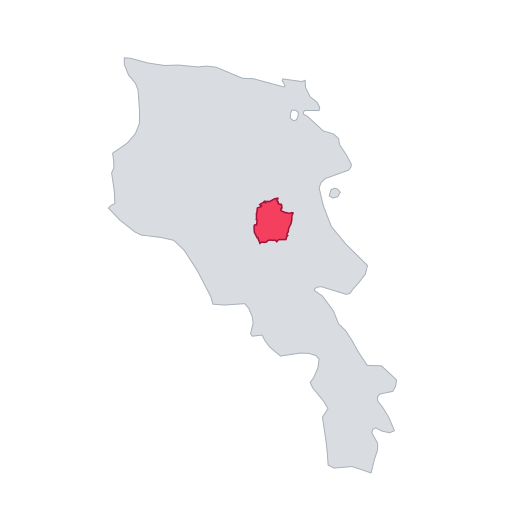 Gavar, Gegharkunik, Armenia shown in context, rotated 16°
{"feature_id": "60910142B38789049969589", "entity_name": "Gavar", "entity_type": "district", "adm_level": 2, "iso_a3": "ARM", "parent_name": "Armenia", "parent_adm1": "Gegharkunik", "projection": "mercator", "projection_center": [45.138, 40.338], "detail": "fine", "context": "in_parent", "style": "filled", "palette": "rose", "viewbox_px": 512, "rotation_deg": 16, "n_neighbors": 0, "source": "geoboundaries", "source_scale": "gbopen_adm2", "svg_char_len": 5353}
<svg xmlns="http://www.w3.org/2000/svg" viewBox="0 0 512 512"><g transform="rotate(16 256 256)"><path d="M227.9,314.2L223.9,307.7L204.0,286.6L185.4,270.3L172.7,263.6L159.9,264.3L140.0,267.5L132.7,266.2L115.4,259.1L100.9,250.6L102.9,247.1L105.9,244.6L102.3,233.6L94.3,215.9L95.1,210.3L92.6,202.7L89.8,196.8L101.1,182.9L106.3,171.8L107.4,160.9L104.4,149.5L96.9,129.0L92.3,123.0L83.8,117.4L76.6,108.2L74.8,101.8L80.8,100.5L98.5,100.3L115.5,98.1L128.9,93.8L148.3,90.2L156.3,87.0L165.6,85.5L193.9,88.9L204.5,86.3L236.3,85.8L237.2,84.5L232.8,80.1L232.9,78.4L251.8,75.7L254.8,73.6L257.2,80.5L264.4,88.2L272.2,91.3L276.3,95.6L276.5,98.8L262.8,102.7L261.8,104.7L262.7,106.6L266.8,107.5L286.1,117.2L297.1,117.4L302.9,120.3L305.8,126.1L315.0,133.9L322.3,141.5L322.8,144.1L321.4,147.9L300.9,162.7L298.3,167.8L297.9,173.2L307.0,189.3L320.2,206.8L339.4,220.0L365.8,234.4L366.1,243.3L361.9,253.9L358.3,261.1L356.7,265.9L353.5,268.0L327.2,267.5L323.3,269.2L321.5,271.3L321.4,273.0L330.9,276.2L345.6,287.5L354.1,298.5L362.9,303.2L372.8,311.9L380.8,320.0L393.1,330.5L406.9,327.0L425.3,336.4L426.1,342.7L424.9,348.3L413.3,354.5L411.9,357.0L411.9,359.2L413.4,362.2L420.2,367.2L428.2,374.6L437.2,385.8L433.2,389.1L424.8,389.6L418.3,388.2L416.0,390.5L416.1,394.1L424.6,402.5L426.3,408.7L425.9,419.4L426.4,432.8L406.4,431.9L389.4,438.4L383.0,437.1L378.8,425.7L375.1,416.4L364.3,392.6L367.2,382.8L361.2,377.1L346.6,366.9L342.9,362.7L345.0,357.0L346.4,346.4L345.0,337.8L341.1,335.2L333.8,335.0L325.0,337.2L307.2,345.4L294.9,340.1L287.8,334.8L283.7,330.3L274.5,334.1L272.2,332.2L271.7,321.2L269.0,315.2L263.4,308.3L258.3,304.9L239.3,311.8L227.9,314.2ZM257.3,114.0L257.9,109.9L257.0,106.2L254.0,105.0L250.2,106.0L249.9,110.1L251.0,114.0L254.8,115.7L257.3,114.0ZM318.2,176.6L313.9,179.1L309.8,178.0L309.8,171.7L312.7,169.2L316.2,169.3L319.4,171.5L318.2,176.6Z" fill="#d9dde1" stroke="#a8b0b8" stroke-width="1"/><path d="M244.7,215.1L246.0,219.4L246.2,220.9L246.9,221.0L247.4,222.3L247.8,225.2L247.9,226.0L246.3,226.3L245.9,227.0L246.0,227.1L246.1,228.6L246.2,229.0L247.9,233.7L252.2,238.3L253.2,238.1L253.6,239.3L255.6,241.7L256.3,242.8L257.5,241.2L261.0,240.4L262.3,239.6L263.2,237.7L265.5,236.7L268.3,236.2L269.8,235.4L272.1,236.6L273.1,234.1L277.1,232.9L280.2,232.0L280.2,231.6L280.2,231.1L280.2,230.9L280.2,230.7L280.1,230.3L280.2,230.1L280.2,229.8L280.2,229.6L280.2,229.4L280.2,229.2L280.3,229.1L280.4,228.9L280.4,228.7L280.4,228.3L280.5,228.2L280.5,227.9L280.7,227.7L280.3,227.6L280.2,227.6L280.0,227.4L279.9,227.3L279.9,227.1L279.8,226.8L279.8,226.5L279.8,226.3L279.8,226.0L279.9,225.5L279.9,225.4L279.9,225.2L280.0,225.1L280.0,224.8L280.1,224.6L280.2,224.3L280.2,224.2L280.2,223.9L280.3,223.8L280.3,223.6L280.3,223.3L280.2,223.1L280.2,222.9L280.1,222.6L280.1,222.3L280.1,222.2L280.0,221.8L280.0,221.6L279.9,221.2L279.8,220.8L279.8,220.7L279.8,220.3L279.9,219.6L279.9,219.3L280.0,219.1L280.0,218.8L280.1,218.6L280.1,218.4L280.1,218.2L280.2,217.9L280.3,217.5L280.3,217.3L280.5,216.7L280.5,216.4L280.5,216.2L280.6,215.8L280.7,215.7L280.7,215.3L280.7,215.2L280.7,214.9L280.7,214.7L280.6,214.3L280.6,214.0L280.6,213.7L280.6,213.3L280.6,213.1L280.5,212.8L280.5,212.7L280.5,212.4L280.5,211.9L280.5,211.7L280.4,211.5L280.4,211.4L280.4,211.2L280.3,210.9L280.3,210.7L280.2,210.4L280.1,210.1L280.1,209.9L280.0,209.6L279.9,209.3L279.8,209.0L279.8,208.9L279.7,208.5L279.6,208.3L279.6,208.1L279.5,207.8L279.5,207.7L279.4,207.4L279.4,207.1L279.4,206.9L279.5,206.5L279.5,206.3L279.6,206.0L279.6,205.8L279.6,205.7L279.8,205.2L279.8,204.9L279.8,204.6L279.7,204.5L279.7,204.4L279.4,204.3L279.2,204.3L278.8,204.4L278.7,204.4L278.5,204.5L278.4,204.6L278.2,204.6L277.9,204.8L277.6,205.0L277.4,205.2L277.0,205.4L276.6,205.6L276.4,205.7L276.2,205.8L275.9,205.8L275.7,205.9L275.4,205.9L275.1,205.9L274.9,205.9L274.0,206.0L273.8,206.0L273.6,205.9L273.4,205.9L273.2,205.8L272.9,205.9L272.8,206.0L272.6,206.1L272.4,206.2L272.3,206.3L272.2,206.3L271.8,206.3L271.7,206.3L271.5,206.2L271.4,206.2L271.0,206.0L270.7,205.9L270.3,205.9L270.1,205.8L269.9,205.8L269.3,205.8L268.7,205.8L268.4,205.8L268.3,205.7L268.1,205.7L267.9,205.6L267.7,205.5L267.6,205.4L267.4,205.2L267.1,204.9L267.1,204.7L267.2,204.4L267.3,204.4L267.3,204.2L267.2,204.1L267.2,203.9L267.1,203.7L267.3,203.5L267.5,203.5L267.6,203.4L267.7,203.2L267.6,202.9L267.6,202.7L267.7,202.4L267.4,202.2L267.2,202.1L267.2,201.9L267.1,201.6L267.0,201.4L267.0,201.1L266.9,200.9L267.0,200.8L267.0,200.7L266.9,200.6L266.8,200.4L266.7,200.3L266.7,200.2L266.6,199.9L266.4,199.6L266.2,199.4L265.9,199.4L265.8,199.5L265.7,199.4L265.4,199.4L265.3,199.5L265.0,199.7L264.9,199.7L264.7,199.7L264.4,199.5L264.2,199.5L263.9,199.6L263.7,199.6L263.6,199.8L263.3,199.8L263.2,199.7L263.0,199.4L262.9,199.2L262.7,199.1L262.6,198.9L262.5,198.5L262.6,198.4L262.6,198.1L262.5,197.9L262.4,197.9L262.2,197.8L261.9,197.8L261.8,197.7L261.7,197.4L261.6,197.2L261.4,197.1L261.0,197.2L260.9,197.2L260.8,196.9L260.8,196.7L260.7,196.3L260.7,196.1L260.7,195.9L260.8,195.7L260.9,195.4L261.0,195.2L261.2,194.9L261.3,194.9L261.3,194.7L261.2,194.6L261.1,194.8L261.0,194.7L260.9,194.7L260.7,194.5L258.2,195.8L254.0,199.9L252.8,200.2L251.5,200.4L251.4,201.0L250.6,202.1L249.9,202.1L249.5,200.8L248.9,201.2L248.2,202.7L246.5,204.2L245.4,205.6L246.2,206.0L247.5,206.2L247.5,207.0L244.1,209.4L244.4,211.9L244.8,212.6L244.7,215.1Z" fill="#f43f5e" stroke="#9f1239" stroke-width="1.5"/></g></svg>